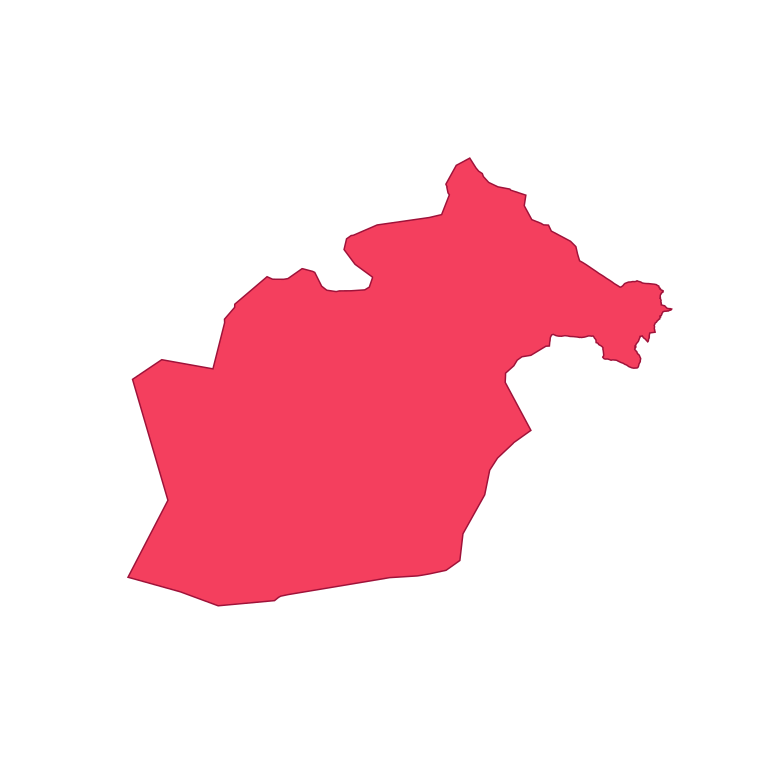 outline of Atiba, Oyo, Nigeria, rotated 255°
{"feature_id": "59680162B537197556674", "entity_name": "Atiba", "entity_type": "district", "adm_level": 2, "iso_a3": "NGA", "parent_name": "Nigeria", "parent_adm1": "Oyo", "projection": "natural_earth1", "projection_center": [3.938, 8.041], "detail": "fine", "context": "isolated", "style": "filled", "palette": "rose", "viewbox_px": 768, "rotation_deg": 255, "n_neighbors": 0, "source": "geoboundaries", "source_scale": "gbopen_adm2", "svg_char_len": 5774}
<svg xmlns="http://www.w3.org/2000/svg" viewBox="0 0 768 768"><g transform="rotate(255 384 384)"><path d="M203.1,222.2L205.2,226.9L205.8,229.3L205.4,236.8L195.5,339.4L190.0,366.5L189.5,371.0L188.8,379.2L188.0,395.8L193.9,411.6L218.9,421.5L250.9,452.6L273.4,463.8L283.1,474.5L293.2,493.3L293.8,494.1L301.2,513.9L354.2,501.5L360.8,503.6L363.0,504.2L368.0,514.1L372.6,518.9L374.6,524.3L373.7,533.3L378.6,550.2L377.9,553.6L381.5,554.9L382.9,555.6L385.4,556.5L386.5,557.2L388.1,558.8L388.1,560.4L386.2,562.7L385.1,564.9L384.2,567.8L383.9,571.2L382.9,573.8L381.8,575.9L380.8,579.1L379.4,582.8L378.3,585.1L378.2,586.0L377.8,586.8L377.4,590.0L377.5,594.2L376.7,596.5L376.5,596.8L376.3,598.3L375.2,598.9L373.8,599.2L372.9,599.7L371.8,600.1L370.9,600.0L370.0,599.8L369.1,599.6L368.2,601.0L367.5,601.4L366.7,601.5L366.0,602.1L365.6,602.6L364.5,603.7L363.5,604.4L362.6,604.9L360.7,604.4L359.6,604.4L356.2,603.9L355.0,603.7L354.5,603.4L354.2,603.3L353.5,602.3L353.3,602.2L351.6,603.0L351.1,603.6L350.6,604.8L350.5,605.9L349.9,607.1L349.1,608.3L348.2,609.5L348.2,610.7L348.0,611.6L347.6,612.5L347.2,613.7L346.5,615.1L345.8,615.7L344.7,617.0L343.4,618.5L342.2,620.3L340.4,622.0L340.1,622.6L339.5,623.3L337.5,624.9L335.6,627.4L334.7,629.2L334.0,632.5L334.1,633.1L334.7,634.0L335.6,634.6L337.3,635.5L338.2,636.3L339.1,637.2L340.0,637.6L340.6,637.7L341.1,638.0L342.0,638.5L342.6,638.5L343.3,638.3L344.5,638.2L345.8,638.0L346.7,637.5L347.2,637.0L348.1,636.8L348.6,636.5L349.0,636.6L349.6,636.6L350.1,636.4L350.4,636.2L350.9,635.8L351.6,635.7L352.2,635.2L352.5,635.1L353.0,635.2L353.1,635.3L353.3,635.6L353.6,635.8L353.7,636.1L353.9,636.2L354.0,636.1L354.3,636.0L354.3,636.3L354.5,636.3L354.5,636.5L354.8,636.4L355.0,636.6L354.9,636.9L355.1,637.0L355.3,637.0L355.4,636.9L355.6,636.5L355.8,636.3L356.0,636.6L356.4,637.2L357.4,638.0L357.8,638.5L359.0,640.2L359.8,641.1L360.2,641.4L360.7,641.5L360.8,641.7L361.4,642.2L362.6,643.0L363.1,643.6L363.7,643.6L363.7,644.1L363.6,644.4L363.6,645.2L363.6,645.3L363.6,645.7L363.6,645.9L361.8,646.5L361.5,646.7L361.3,646.8L360.8,647.1L360.0,647.8L359.5,648.2L358.1,648.7L357.1,649.4L356.5,649.6L356.6,649.9L356.7,650.0L357.1,650.4L357.9,650.8L358.3,650.9L358.5,650.9L358.8,651.2L359.4,651.7L359.9,652.1L360.0,652.2L360.6,652.2L360.8,652.2L361.1,652.5L361.3,652.6L362.0,652.7L362.8,653.1L363.0,653.2L364.1,653.7L364.4,653.8L364.4,654.2L364.4,654.7L364.3,655.9L364.1,657.1L364.0,658.4L363.9,658.7L363.8,659.1L363.8,659.3L364.0,659.4L364.4,659.3L364.9,659.3L365.2,659.3L365.5,659.2L365.7,659.3L365.8,659.4L366.0,659.4L366.2,659.5L366.6,659.4L367.5,659.4L369.2,660.1L369.8,660.2L370.5,660.1L370.8,660.2L371.1,660.5L371.5,660.9L371.6,661.0L372.3,661.4L372.6,661.6L372.8,662.1L373.0,662.6L373.1,662.8L373.2,663.1L373.7,663.7L373.9,663.8L374.1,663.9L374.2,664.4L374.4,664.7L374.5,664.8L374.6,665.1L374.8,665.4L375.0,665.8L375.4,666.1L375.4,666.6L375.4,666.9L375.5,667.2L375.7,667.3L376.2,667.4L376.4,667.5L376.7,667.8L377.0,668.1L377.1,668.5L377.3,668.5L377.5,668.5L377.6,668.4L377.7,668.2L377.9,668.0L378.1,668.0L378.3,668.2L378.4,668.5L378.3,668.8L378.3,669.3L378.4,669.5L379.0,670.1L379.3,670.3L379.6,670.4L379.7,670.5L379.9,670.5L380.1,670.6L380.3,670.8L380.5,671.2L380.9,671.6L381.2,671.8L381.4,672.0L381.5,672.3L381.6,672.8L381.7,673.5L381.6,673.8L381.4,675.0L381.3,675.6L381.2,675.8L381.2,676.2L381.3,676.5L381.2,676.8L381.0,677.0L380.9,677.2L381.0,677.9L381.1,678.3L381.3,678.6L381.2,679.5L381.2,680.3L381.6,680.9L381.7,681.1L381.9,681.3L382.5,680.4L382.7,680.0L382.8,679.6L383.3,678.2L383.5,677.7L383.8,677.2L384.3,676.8L384.9,676.4L386.5,675.6L386.9,675.3L387.1,675.1L387.3,674.5L388.0,673.5L388.2,673.2L388.7,672.3L389.4,672.5L389.6,672.5L390.2,672.8L390.5,672.8L390.6,672.7L390.8,672.8L391.0,672.7L391.6,672.6L391.9,672.6L392.0,672.7L392.1,672.9L392.4,673.0L393.2,673.3L393.5,673.2L394.0,673.2L394.3,673.2L394.5,673.2L394.9,673.1L395.0,673.1L395.4,672.7L395.6,672.8L395.7,673.1L395.8,673.2L395.9,673.3L396.1,673.3L396.3,673.4L396.5,673.3L396.8,673.4L397.4,673.5L397.7,673.7L398.1,673.8L398.3,673.9L398.4,674.0L398.7,674.2L398.9,674.4L399.1,674.6L399.1,674.8L399.3,675.0L399.8,675.2L399.8,675.5L400.0,675.6L400.3,676.0L400.4,676.6L400.4,676.8L400.5,677.1L400.7,677.4L400.8,677.5L401.0,677.5L401.3,677.5L401.4,677.4L401.6,677.5L401.6,677.4L401.7,677.5L401.9,677.4L402.1,677.2L402.3,677.2L402.5,677.0L402.6,676.8L402.7,676.6L402.8,676.4L403.1,676.0L403.3,676.0L403.6,675.9L403.8,675.9L404.2,675.6L404.4,675.2L404.6,675.4L404.9,675.5L405.1,675.4L405.3,675.3L405.7,674.8L406.4,674.7L406.9,674.8L407.3,674.8L407.6,674.7L408.1,674.0L408.5,673.5L408.8,673.4L409.5,672.8L410.4,671.0L412.5,665.6L413.0,663.9L413.7,661.9L414.7,659.7L416.0,658.5L416.8,657.2L417.4,656.1L418.2,655.1L417.9,654.3L418.0,652.6L418.6,650.8L418.7,648.9L419.2,646.5L418.8,642.8L418.2,641.6L417.2,640.3L416.5,638.6L416.4,637.1L418.3,635.4L421.4,632.4L423.7,630.6L426.2,628.4L428.3,626.4L431.5,623.7L432.9,622.4L435.2,620.2L437.3,618.5L446.9,610.2L449.9,607.4L452.4,604.8L459.4,604.6L467.0,604.9L473.6,601.1L488.4,585.2L494.9,584.0L496.4,579.3L498.5,577.3L504.5,569.3L519.9,565.6L529.7,569.9L538.4,556.6L539.7,556.0L545.0,545.0L551.6,537.3L558.6,533.7L561.8,533.4L565.1,530.5L568.8,528.8L580.0,525.3L576.5,510.4L561.0,495.5L558.0,495.9L557.6,495.6L552.0,495.3L549.8,496.1L532.7,483.5L533.1,470.7L539.4,418.5L535.6,392.8L535.9,390.7L533.9,385.4L524.2,380.2L507.1,387.0L490.3,400.5L489.3,400.2L481.4,394.9L479.9,389.8L482.6,376.2L485.5,364.9L485.6,362.0L485.9,361.1L489.4,353.0L494.6,349.1L509.7,346.0L511.2,344.3L516.2,335.6L516.6,334.7L510.7,318.5L511.1,314.2L514.0,303.6L517.9,298.8L499.7,260.5L496.7,259.6L487.9,246.7L484.4,245.9L442.9,222.7L465.0,175.6L453.6,142.3L327.6,145.2L263.6,86.7L235.9,133.6L212.7,166.4L203.1,222.2Z" fill="#f43f5e" stroke="#9f1239" stroke-width="1.5"/></g></svg>